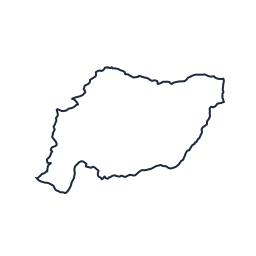 Muong Ang, Điện Biên, Vietnam, rotated 119°
{"feature_id": "81297802B95485897365368", "entity_name": "Muong Ang", "entity_type": "district", "adm_level": 2, "iso_a3": "VNM", "parent_name": "Vietnam", "parent_adm1": "Điện Biên", "projection": "mercator", "projection_center": [103.259, 21.517], "detail": "fine", "context": "isolated", "style": "outline", "palette": "slate", "viewbox_px": 256, "rotation_deg": 119, "n_neighbors": 0, "source": "geoboundaries", "source_scale": "gbopen_adm2", "svg_char_len": 5803}
<svg xmlns="http://www.w3.org/2000/svg" viewBox="0 0 256 256"><g transform="rotate(119 128 128)"><path d="M86.5,177.4L88.2,177.5L89.3,177.7L89.7,177.9L90.7,178.6L91.1,179.0L91.3,180.4L92.0,181.3L92.7,181.9L94.3,183.0L94.8,183.1L96.8,181.9L97.8,181.5L98.4,181.4L98.7,181.4L101.8,183.1L103.0,183.9L103.9,184.3L104.3,184.4L104.5,184.4L106.0,183.7L107.9,183.8L109.2,184.4L111.5,186.1L112.0,186.3L113.0,186.2L114.1,185.8L115.0,185.8L115.3,185.6L115.8,185.1L116.0,184.8L116.0,184.1L116.4,183.9L116.5,183.8L117.1,183.1L117.3,182.8L117.5,182.7L118.1,182.7L118.8,183.1L120.6,183.5L121.3,183.7L122.1,184.3L123.6,185.5L124.9,186.8L125.9,188.0L129.2,190.9L129.4,190.9L129.5,190.9L129.2,189.0L129.3,188.1L130.1,185.9L130.7,184.5L131.2,183.6L131.6,183.2L133.3,184.6L133.9,184.7L134.9,185.0L135.9,185.5L137.2,186.4L138.2,187.3L139.3,188.7L139.9,189.2L140.5,189.5L141.5,190.0L142.4,190.3L142.8,190.6L143.6,191.6L144.6,192.8L145.2,193.9L145.5,196.5L145.6,198.2L145.7,198.7L146.3,199.1L146.6,199.2L147.8,198.1L148.6,197.2L149.7,196.3L150.7,195.6L151.3,195.5L154.3,195.8L154.5,195.6L154.8,195.3L155.8,194.5L156.2,194.3L157.8,194.0L158.9,194.0L160.1,193.6L160.5,193.6L162.0,193.8L162.6,193.8L162.8,193.7L163.0,193.6L163.7,192.9L164.3,192.0L164.9,191.4L165.2,191.3L168.4,191.2L169.0,191.3L169.4,190.9L169.7,190.7L172.1,190.2L172.6,189.8L173.0,189.4L173.8,187.2L175.0,184.4L176.4,182.8L177.1,182.3L177.7,182.3L178.7,182.6L180.4,183.9L181.3,184.7L182.2,185.2L183.7,185.1L184.4,185.0L184.6,184.9L184.9,184.5L185.2,183.1L185.3,183.0L185.6,182.9L188.0,183.1L189.0,182.7L189.9,182.6L190.9,182.6L191.9,182.7L194.0,183.5L194.7,183.6L196.7,182.4L197.3,181.6L197.2,180.9L197.0,180.1L196.8,179.6L196.1,178.7L196.5,178.5L197.1,178.8L198.7,179.5L199.4,179.6L200.7,179.4L202.7,178.7L204.0,178.1L204.7,177.8L204.7,178.0L204.9,178.2L205.5,178.2L206.2,178.5L207.0,178.8L208.0,179.2L208.8,179.8L209.3,180.4L209.7,181.0L210.7,181.1L211.6,181.5L212.4,181.6L215.0,182.5L215.9,182.9L216.1,183.0L216.2,183.3L216.8,181.8L216.9,181.3L217.0,180.7L217.0,178.9L216.8,177.3L216.2,174.9L215.9,173.7L215.1,172.2L214.7,170.6L214.7,169.2L214.6,166.0L214.7,165.2L214.8,164.9L216.5,162.7L217.2,161.1L217.3,160.7L217.3,160.0L217.0,158.8L217.0,157.8L217.0,156.0L216.8,155.6L216.0,154.2L215.6,152.9L215.4,151.7L215.3,151.4L214.7,150.8L212.7,150.2L211.1,150.0L209.4,149.9L208.0,149.9L206.6,150.0L204.6,150.4L203.8,150.7L203.1,150.9L201.4,150.9L198.4,151.0L197.6,151.1L196.1,151.7L194.8,152.1L193.9,152.4L192.5,153.1L191.3,154.2L190.3,154.8L189.2,155.2L187.7,155.6L186.3,155.5L185.2,155.2L183.9,154.7L182.5,154.4L181.6,154.1L180.0,153.0L179.7,152.6L179.4,152.1L179.1,150.9L179.1,150.2L179.3,148.8L179.4,147.5L179.5,147.1L180.0,146.8L181.6,146.4L181.9,146.3L182.0,146.1L181.8,145.0L181.3,143.5L180.8,141.2L180.4,140.8L180.1,140.6L179.4,140.3L179.1,140.0L178.8,139.7L178.7,139.2L178.7,137.6L179.3,135.1L179.5,133.4L179.7,133.1L180.0,132.9L182.0,132.5L183.0,132.1L184.3,131.0L184.5,130.4L184.7,129.6L184.7,127.8L184.8,127.4L185.2,126.7L185.4,126.4L185.4,125.9L184.9,125.6L182.6,125.2L182.0,124.9L181.8,124.8L182.0,124.2L182.5,123.6L182.6,123.2L182.6,122.6L182.2,121.3L182.0,121.1L181.7,120.8L181.4,120.7L180.5,120.6L180.2,120.5L179.4,119.6L179.1,119.3L177.6,118.7L176.3,117.3L175.9,116.7L175.2,113.2L174.6,112.0L174.4,111.7L174.0,111.3L173.4,111.1L172.9,110.6L172.8,110.3L172.7,109.3L172.2,106.7L168.3,104.0L167.8,103.2L167.3,101.7L167.0,100.4L166.8,100.0L166.3,99.3L165.8,98.8L164.8,98.4L160.6,96.9L158.6,95.8L158.0,95.2L156.9,93.0L156.0,92.0L155.5,91.2L155.1,90.7L154.4,90.2L154.0,89.9L153.5,89.0L152.1,87.8L147.4,84.7L144.5,81.4L144.4,80.9L144.4,79.5L144.3,78.9L143.2,76.5L143.0,75.9L143.0,75.4L143.2,74.3L143.2,72.9L143.1,72.2L142.6,71.0L142.2,70.4L139.4,67.8L137.9,66.9L135.2,65.9L133.9,65.7L133.3,65.8L132.6,65.7L130.8,65.4L129.1,64.4L128.1,64.4L126.9,64.8L125.7,64.7L121.7,65.3L120.5,65.3L119.2,65.1L118.4,64.6L118.0,64.0L117.8,63.7L117.5,63.6L117.0,63.6L115.6,63.7L114.0,63.5L112.6,63.6L110.6,62.8L109.9,62.2L109.3,62.1L108.3,62.4L108.0,62.3L107.7,61.9L107.2,61.5L106.8,61.4L104.1,61.4L103.3,61.3L102.8,60.9L102.2,60.7L98.1,61.1L97.0,61.0L96.0,61.3L95.1,61.6L93.8,62.9L92.6,63.1L91.3,62.9L90.7,62.7L87.6,61.1L87.0,60.9L86.5,60.8L86.0,61.0L84.7,61.7L83.8,62.0L82.9,62.1L82.0,61.8L80.7,61.7L78.1,62.0L77.8,62.1L75.3,63.8L73.7,64.5L71.5,66.0L70.5,66.0L69.5,65.7L69.1,65.4L68.9,64.9L68.8,64.1L68.5,63.7L67.6,62.8L67.1,62.4L66.6,62.2L64.4,61.7L63.7,61.7L63.0,61.3L61.1,58.8L58.7,56.8L58.3,57.3L57.5,58.1L56.5,59.0L55.9,59.9L55.6,60.3L54.0,61.0L52.4,61.9L52.0,62.0L50.5,61.9L49.6,62.5L48.8,63.5L48.1,64.0L44.5,65.4L43.1,66.1L41.8,66.4L40.7,66.8L39.8,67.4L38.8,68.3L38.7,68.5L39.6,69.7L41.1,72.6L41.4,73.7L41.7,75.3L41.7,75.6L41.5,76.7L41.1,77.8L41.1,78.0L42.6,79.9L43.4,81.9L43.6,82.6L43.7,83.2L43.7,84.1L43.9,86.8L45.3,88.7L46.0,90.2L46.6,91.0L48.1,94.0L49.2,95.5L50.2,96.3L51.5,97.5L53.3,98.5L54.0,99.2L54.8,99.8L58.1,100.5L58.6,100.7L59.0,100.9L60.0,101.8L63.1,106.7L65.0,108.7L65.4,109.3L66.3,110.1L66.8,110.4L67.8,110.8L68.2,111.1L68.3,111.3L68.4,111.5L68.4,111.9L68.1,113.1L67.8,113.9L67.9,114.9L68.5,116.0L68.9,117.0L69.4,117.5L69.6,117.8L70.3,119.4L70.5,119.6L70.9,120.0L72.4,120.8L74.7,122.8L75.0,123.1L75.0,123.3L74.9,123.6L73.4,124.5L73.0,124.9L72.9,125.2L73.0,126.6L73.4,127.8L74.1,128.8L74.9,129.6L75.1,130.0L75.3,130.6L75.1,133.1L75.0,135.4L75.2,136.2L76.0,138.5L76.0,139.2L76.6,141.6L76.9,143.3L77.2,143.7L78.3,144.0L78.6,144.4L80.3,146.4L81.1,147.7L81.3,149.2L81.1,150.3L81.3,151.3L81.1,154.1L82.2,156.3L82.2,156.6L80.8,158.0L80.6,158.4L80.7,160.8L81.2,163.0L81.1,164.1L81.2,165.2L81.5,166.3L82.2,168.3L82.7,169.4L83.4,170.5L83.3,170.9L82.9,171.2L82.8,171.4L82.8,171.6L83.1,172.0L83.8,172.4L84.3,172.8L84.4,173.6L85.0,174.5L84.9,174.7L84.7,174.9L84.7,175.1L85.6,176.4L86.4,177.1L86.5,177.4Z" fill="none" stroke="#1e293b" stroke-width="2"/></g></svg>